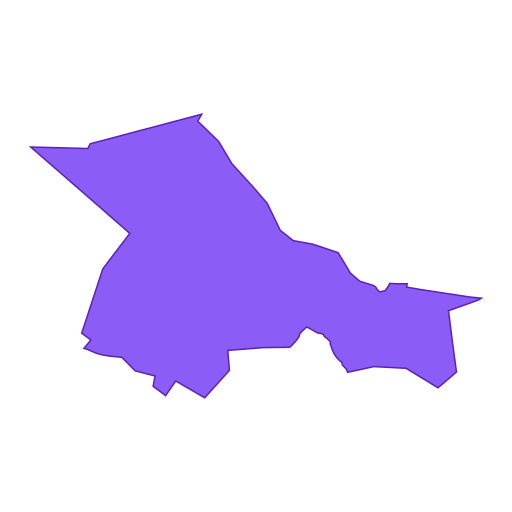 Simplício Mendes, Piauí, Brazil
{"feature_id": "56859067B86128304510320", "entity_name": "Simplício Mendes", "entity_type": "district", "adm_level": 2, "iso_a3": "BRA", "parent_name": "Brazil", "parent_adm1": "Piauí", "projection": "mercator", "projection_center": [-41.953, -7.778], "detail": "fine", "context": "isolated", "style": "filled", "palette": "violet", "viewbox_px": 512, "rotation_deg": 0, "n_neighbors": 0, "source": "geoboundaries", "source_scale": "gbopen_adm2", "svg_char_len": 1451}
<svg xmlns="http://www.w3.org/2000/svg" viewBox="0 0 512 512"><path d="M438.0,387.8L453.6,374.5L456.5,372.0L456.2,369.9L455.0,360.9L454.5,357.4L451.7,336.3L448.5,310.7L475.4,301.1L477.7,300.3L481.3,298.2L468.9,296.9L419.9,289.4L406.6,287.1L407.2,283.7L398.0,283.8L389.7,283.4L388.4,286.1L385.0,290.8L379.6,291.8L377.2,289.5L375.6,286.9L373.4,285.5L359.7,281.2L350.4,273.1L348.8,270.4L338.2,252.7L325.7,248.5L313.3,244.3L293.2,240.6L290.1,238.1L280.3,230.4L268.9,206.7L267.5,203.7L252.7,186.5L231.9,163.7L218.7,141.5L207.1,130.2L197.8,121.2L201.7,114.2L90.1,143.8L87.9,148.5L30.7,147.0L41.7,156.6L104.0,210.8L106.1,212.7L109.5,215.7L128.1,231.9L129.8,233.4L108.3,261.6L102.7,269.1L81.7,333.2L90.9,340.0L83.9,348.4L86.6,349.1L89.3,350.2L92.2,351.5L94.4,352.4L96.5,353.3L99.5,354.1L102.0,354.9L108.7,356.0L112.9,356.4L121.9,357.4L135.1,370.8L155.0,376.0L153.1,386.3L165.6,395.6L175.7,381.0L204.7,397.8L229.4,370.4L227.8,350.4L246.1,349.0L263.4,347.6L289.7,347.3L291.6,345.7L293.3,343.7L295.0,342.0L296.9,339.7L298.9,337.0L299.8,333.7L301.3,332.0L303.0,330.4L304.6,328.9L306.6,327.0L309.0,328.1L311.8,329.7L313.6,330.7L315.5,331.8L318.3,333.2L321.1,333.5L323.5,334.5L324.3,336.5L326.7,338.2L328.9,340.3L330.5,341.9L330.1,344.0L331.0,345.9L332.2,349.6L333.8,353.1L335.5,355.9L337.5,358.4L340.0,361.0L341.9,362.4L342.3,364.9L344.3,367.0L346.4,369.2L347.6,372.3L373.9,366.6L406.1,368.3L438.0,387.8Z" fill="#8b5cf6" stroke="#5b21b6" stroke-width="1.5"/></svg>